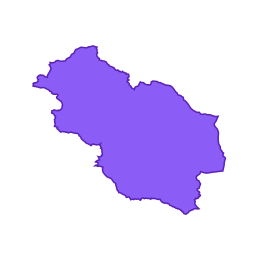 Mogotes, Santander, Colombia (Natural Earth projection), rotated 280°
{"feature_id": "7082276B70179238188683", "entity_name": "Mogotes", "entity_type": "district", "adm_level": 2, "iso_a3": "COL", "parent_name": "Colombia", "parent_adm1": "Santander", "projection": "natural_earth1", "projection_center": [-72.971, 6.504], "detail": "fine", "context": "isolated", "style": "filled", "palette": "violet", "viewbox_px": 256, "rotation_deg": 280, "n_neighbors": 0, "source": "geoboundaries", "source_scale": "gbopen_adm2", "svg_char_len": 5814}
<svg xmlns="http://www.w3.org/2000/svg" viewBox="0 0 256 256"><g transform="rotate(280 128 128)"><path d="M102.0,228.8L107.3,229.1L111.4,228.8L115.1,229.2L115.7,228.8L116.2,228.1L116.4,227.1L117.2,226.4L118.2,226.2L119.9,226.5L120.5,225.3L122.1,224.0L123.1,222.7L125.7,222.1L126.4,221.3L128.1,220.1L131.7,218.9L136.0,218.2L137.5,218.2L139.9,217.6L142.3,216.2L143.0,215.5L144.2,213.8L146.0,212.4L147.3,212.2L150.1,213.5L155.2,214.7L154.5,212.5L154.8,208.9L155.2,207.2L155.2,205.9L154.9,203.8L155.0,202.5L155.2,201.2L154.4,199.1L154.3,197.5L154.6,196.7L155.4,196.0L155.9,195.2L155.4,193.6L155.5,192.8L156.6,189.3L158.4,186.3L162.0,183.0L164.3,180.3L165.2,178.1L167.5,177.2L168.0,176.8L168.1,175.8L169.1,174.3L169.2,171.8L169.8,170.9L170.9,170.4L172.0,168.6L174.1,166.4L174.8,165.9L176.4,163.8L176.5,163.0L177.0,162.4L177.0,158.6L176.6,157.7L177.3,156.3L177.7,153.5L178.3,152.5L178.1,150.5L178.9,148.3L178.6,145.8L178.6,144.8L178.7,144.5L178.2,144.1L177.9,143.4L177.3,142.9L175.8,143.0L174.3,142.4L173.9,139.2L174.1,137.7L174.7,136.2L175.4,135.6L175.1,133.7L175.5,132.1L173.5,131.4L171.3,130.9L169.6,128.0L169.1,127.8L166.9,127.6L167.8,125.8L168.0,124.8L168.5,124.4L168.6,123.9L169.7,123.6L170.6,121.8L172.2,121.3L173.4,119.1L174.6,119.4L174.9,120.4L175.3,120.6L175.8,120.4L176.0,119.3L176.3,119.0L177.6,119.0L178.1,119.9L178.5,120.1L181.0,119.3L181.0,118.2L180.7,117.7L180.9,117.3L180.9,116.7L181.6,116.7L181.7,115.8L182.1,114.9L182.0,113.9L182.8,112.8L182.2,112.6L181.9,112.0L182.0,111.4L182.5,110.1L182.1,109.5L182.1,109.1L183.1,108.7L183.3,107.9L183.3,107.6L182.8,106.9L182.8,106.1L183.2,105.6L183.6,104.8L184.3,104.4L185.1,103.3L184.9,102.6L185.4,101.7L185.9,98.8L187.0,98.0L187.3,97.0L187.7,96.3L189.1,95.2L189.4,94.7L189.8,92.7L189.6,91.4L189.9,89.9L189.8,88.6L190.0,88.3L190.1,87.8L191.5,87.8L191.8,86.5L192.3,86.2L193.4,84.9L194.1,84.8L194.6,84.5L195.7,84.3L196.6,85.0L198.3,84.0L199.9,83.9L201.1,82.9L202.3,83.4L202.3,82.2L202.8,79.5L201.7,76.9L201.1,76.2L201.1,74.9L200.3,74.2L199.7,73.0L199.4,67.9L199.0,67.1L197.2,64.8L196.3,63.1L195.8,62.7L192.1,61.6L190.5,59.5L189.6,59.4L187.5,58.5L186.5,56.7L184.8,55.1L183.9,55.1L183.4,54.8L182.9,53.8L182.8,52.9L182.0,50.3L182.0,49.6L182.3,48.1L182.3,46.9L181.6,45.4L180.3,44.7L179.6,43.8L179.0,41.8L179.0,39.9L177.8,40.3L176.8,39.9L176.5,39.4L174.2,41.4L172.8,41.9L172.1,41.9L170.8,41.2L169.5,40.9L167.1,40.0L165.2,39.5L164.0,39.7L164.0,37.6L165.1,35.6L165.1,34.2L164.9,33.5L165.1,32.8L165.0,32.3L163.9,30.8L162.3,29.8L160.7,30.3L159.9,31.4L158.5,31.2L158.2,30.8L157.3,30.4L156.7,29.8L156.1,27.5L155.1,26.8L154.0,27.5L153.3,27.2L152.8,27.2L152.7,28.9L153.0,29.6L152.6,30.5L152.8,31.7L152.3,34.7L153.1,37.5L153.2,38.4L151.6,43.6L150.6,44.6L150.5,45.6L150.1,46.4L149.8,46.8L149.3,46.7L148.5,47.8L148.4,49.4L149.0,52.3L148.8,52.7L148.3,53.3L147.6,53.2L146.2,52.4L145.3,52.5L144.8,52.9L143.8,55.1L143.2,55.8L142.9,57.2L141.8,58.1L141.6,58.5L139.7,59.4L138.5,59.5L137.9,59.2L137.1,59.5L136.2,59.6L135.2,59.1L134.2,58.0L133.6,57.8L133.5,57.0L132.9,56.3L133.3,55.9L132.6,54.1L133.1,52.5L132.9,51.9L132.1,51.1L131.6,50.0L131.0,50.3L129.8,50.1L129.4,50.4L129.4,51.1L129.0,52.3L127.4,53.6L127.2,54.4L127.0,54.6L125.5,54.4L125.3,54.8L124.9,54.8L123.3,54.1L122.3,54.7L121.5,54.6L118.9,55.7L116.8,55.3L116.8,56.6L116.4,58.4L115.8,58.1L115.0,58.2L113.8,60.6L113.4,60.7L112.9,61.3L112.3,62.6L113.2,63.9L113.1,65.6L113.3,66.6L113.0,67.7L113.3,68.8L112.8,70.0L113.9,72.0L114.0,73.5L113.7,75.0L113.7,77.9L113.9,78.6L113.8,79.4L113.3,80.6L111.9,81.1L111.6,82.1L110.4,83.4L109.4,83.8L108.4,85.2L107.1,87.7L106.0,89.2L105.0,93.3L104.2,94.6L104.8,95.2L106.0,95.6L106.1,97.5L105.9,99.3L106.0,100.3L106.9,102.9L107.6,103.6L106.2,103.3L106.1,103.7L104.9,104.3L104.1,105.1L103.5,104.8L103.6,105.3L103.3,105.4L101.5,106.3L100.1,106.4L98.1,107.3L96.8,107.2L96.6,106.7L96.1,107.1L95.9,106.9L94.7,105.4L94.5,104.7L94.6,103.6L93.9,104.3L93.0,104.6L91.7,105.5L90.9,103.8L89.7,102.4L89.0,101.9L88.9,102.3L88.8,104.4L87.4,104.8L86.8,104.6L86.4,104.3L85.4,102.2L85.1,102.0L85.4,103.0L85.4,103.8L85.0,104.4L85.0,105.1L85.6,107.0L85.2,109.0L85.2,110.0L83.7,109.9L82.8,110.2L81.8,110.3L81.1,110.8L80.5,110.9L79.8,111.4L77.9,113.5L76.6,115.3L76.0,116.7L75.5,119.4L75.1,120.4L72.0,123.6L71.4,125.4L69.7,125.9L67.5,127.1L66.2,127.4L65.6,128.0L64.7,128.4L64.0,129.6L62.8,130.1L62.8,131.9L61.7,134.6L61.5,136.0L61.0,137.3L60.5,137.8L60.0,137.9L59.5,138.4L59.4,138.9L60.1,140.3L60.2,141.0L59.7,141.7L57.8,143.2L58.4,144.0L58.7,144.9L58.5,146.0L58.6,146.3L59.3,146.8L59.6,147.4L59.3,148.1L59.3,148.8L59.9,150.1L59.8,150.9L59.3,151.9L59.1,152.9L59.6,153.0L60.0,152.7L60.4,153.0L60.6,153.7L61.3,153.9L61.6,154.2L61.7,154.8L61.3,156.4L61.4,156.7L61.8,157.1L62.1,158.6L62.0,159.9L62.3,161.1L61.8,162.8L62.9,163.2L62.8,164.8L63.1,165.5L63.2,166.3L62.9,169.6L63.1,171.6L63.4,171.8L63.2,172.1L61.4,173.6L60.6,175.3L60.3,177.0L60.7,178.8L60.4,180.4L60.6,180.7L60.2,181.6L59.2,182.5L58.8,184.8L58.2,185.5L58.4,187.0L58.0,187.3L57.9,188.2L57.4,188.8L57.3,190.5L56.9,191.1L57.3,191.6L56.8,193.3L56.1,194.2L56.2,194.8L56.0,195.1L55.0,195.7L54.8,196.1L55.0,196.5L54.9,196.8L54.4,197.3L53.7,197.6L53.3,198.3L53.2,199.6L53.5,200.6L54.3,200.8L55.0,202.0L56.8,202.8L59.0,206.4L60.1,207.2L60.3,208.3L60.4,210.8L60.8,211.9L62.6,209.2L64.9,206.8L66.3,207.0L67.5,207.0L68.5,206.0L69.0,206.0L69.5,206.3L69.8,207.0L70.5,206.9L70.4,208.0L70.7,208.4L71.1,209.2L71.3,209.4L71.9,209.2L72.5,209.3L72.7,210.2L73.3,210.0L73.7,210.8L74.3,211.0L75.3,210.0L75.3,209.3L76.6,209.3L77.2,209.7L77.9,208.7L77.9,208.1L78.8,207.0L80.1,206.9L80.8,208.3L81.7,208.7L83.3,208.5L84.4,209.1L86.0,208.9L86.3,208.3L88.0,207.2L88.4,206.8L88.8,204.7L90.0,204.4L90.9,203.7L92.5,204.0L93.1,204.6L95.4,206.7L97.7,207.3L97.2,210.1L97.2,213.1L98.5,217.2L99.4,219.2L99.8,221.3L101.8,227.4L102.0,228.8Z" fill="#8b5cf6" stroke="#5b21b6" stroke-width="1.5"/></g></svg>